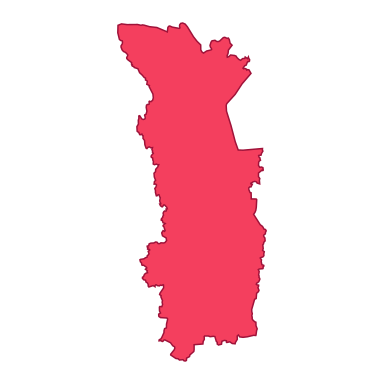 outline of Midongy-Atsimo, Atsimo-Atsinanana, Madagascar
{"feature_id": "10022922B72475763343132", "entity_name": "Midongy-Atsimo", "entity_type": "district", "adm_level": 2, "iso_a3": "MDG", "parent_name": "Madagascar", "parent_adm1": "Atsimo-Atsinanana", "projection": "mercator", "projection_center": [46.981, -23.354], "detail": "fine", "context": "isolated", "style": "filled", "palette": "rose", "viewbox_px": 384, "rotation_deg": 0, "n_neighbors": 0, "source": "geoboundaries", "source_scale": "gbopen_adm2", "svg_char_len": 6012}
<svg xmlns="http://www.w3.org/2000/svg" viewBox="0 0 384 384"><path d="M169.8,26.0L168.7,26.3L167.9,27.4L167.3,31.9L156.9,27.5L149.6,26.7L143.9,25.1L142.3,24.9L141.0,25.3L137.6,24.5L127.1,24.6L121.5,23.9L118.0,25.3L117.8,32.8L119.4,39.4L120.7,40.5L122.2,40.8L122.5,42.0L122.3,43.9L121.1,45.7L121.0,47.0L122.1,49.9L123.5,51.5L125.5,52.4L127.7,54.7L127.7,55.6L126.7,57.6L126.8,58.6L127.9,59.8L131.6,62.6L131.5,64.2L132.3,64.7L131.9,65.4L132.3,66.1L133.8,66.6L134.2,67.5L137.9,68.7L139.6,72.7L142.3,75.2L144.2,77.5L145.5,78.1L145.5,80.0L147.0,80.8L147.3,81.5L146.8,84.3L149.4,85.6L149.1,86.6L152.9,94.0L153.3,97.9L152.6,100.3L150.9,101.7L149.4,101.2L149.1,101.5L149.2,104.0L148.6,104.4L147.3,104.5L146.5,105.2L146.2,107.3L146.9,111.3L146.0,114.3L144.9,114.7L144.6,115.3L145.2,117.1L145.1,118.5L144.6,119.1L143.1,119.5L141.8,118.9L139.7,115.7L138.8,116.0L138.9,118.3L138.3,120.2L138.4,124.1L136.9,126.6L137.1,130.8L137.2,131.4L138.8,132.5L139.7,134.6L140.1,134.8L141.9,134.1L142.5,135.6L143.1,135.8L143.0,138.4L144.5,140.4L144.9,144.8L146.1,148.2L146.9,148.6L148.0,147.3L149.4,146.9L150.8,147.8L152.5,147.6L151.9,149.7L152.6,150.9L152.4,152.2L153.3,153.3L151.4,155.5L151.1,156.5L151.4,157.4L152.6,157.9L152.9,160.3L153.4,161.3L153.2,164.0L154.4,164.7L156.6,164.1L157.6,164.8L158.7,164.7L157.8,166.9L155.7,169.3L155.5,171.7L154.0,173.2L154.3,177.0L155.6,180.3L154.4,181.6L154.1,184.1L155.7,184.1L156.5,184.9L156.0,186.9L154.8,188.5L155.5,190.8L155.4,192.2L156.3,195.8L156.9,195.9L158.2,194.7L159.0,194.7L159.8,197.1L160.3,197.7L159.7,200.7L160.0,202.1L160.8,203.4L160.7,203.9L159.7,204.0L160.5,205.8L162.1,206.9L162.6,206.7L163.6,205.0L164.6,205.0L166.8,207.3L167.3,208.8L166.0,209.1L166.4,210.3L166.0,211.1L164.5,211.0L163.8,211.7L163.1,213.1L163.5,215.3L162.8,216.2L162.7,217.4L161.5,218.6L161.2,219.7L161.3,220.3L162.3,220.3L163.0,222.7L165.2,223.5L163.2,225.3L163.0,225.9L163.9,226.8L165.1,230.6L164.5,231.4L163.1,230.6L161.8,232.6L161.8,233.3L162.5,235.8L166.1,237.9L166.6,240.5L165.0,242.5L163.6,243.0L160.9,242.8L159.7,243.6L158.2,243.6L157.0,242.2L155.6,242.0L153.7,243.0L150.9,243.1L149.2,243.8L148.6,245.8L147.2,246.1L147.2,247.0L148.0,247.7L147.5,249.0L148.0,249.4L149.4,249.4L149.7,249.8L149.6,250.3L148.2,251.4L149.0,253.8L148.1,255.1L147.3,255.6L147.1,257.1L145.3,257.8L144.0,258.8L140.4,259.4L139.9,259.8L140.4,261.8L141.4,262.7L141.9,265.0L142.2,265.3L143.6,265.2L146.6,267.4L146.7,268.1L145.4,269.2L147.3,270.7L147.0,271.6L147.5,272.7L145.9,273.2L144.5,274.3L143.5,276.7L142.5,277.2L142.4,278.2L143.7,279.8L145.5,280.2L146.1,282.2L147.4,282.9L148.2,284.6L148.2,286.1L148.9,287.0L153.1,285.6L155.0,286.7L155.0,285.6L155.8,284.8L156.4,284.8L157.3,285.6L159.4,285.9L160.4,285.1L161.8,285.4L163.1,284.7L163.5,285.0L163.6,287.9L160.0,293.2L159.6,294.6L161.1,295.6L160.9,296.9L162.5,300.6L162.1,302.2L162.6,304.4L161.8,306.7L159.9,306.5L159.4,307.1L159.5,311.0L160.5,313.0L158.7,314.1L158.7,315.4L158.9,316.5L160.5,317.6L166.8,318.0L167.5,318.6L167.6,319.5L166.5,324.1L166.4,327.9L164.6,328.6L164.0,330.8L164.0,332.5L162.0,337.0L161.0,338.8L159.2,339.8L159.0,340.8L161.1,340.7L162.2,341.5L162.8,341.4L164.1,340.0L164.8,339.9L170.5,342.7L172.8,345.8L174.6,346.8L174.8,348.2L174.2,349.8L170.7,354.2L170.7,355.0L175.9,358.5L178.2,358.8L179.4,360.0L183.0,359.7L184.0,360.8L185.3,361.0L186.4,360.5L186.6,358.1L189.5,356.6L189.9,354.9L193.8,351.5L194.1,349.8L194.1,344.7L202.9,344.0L203.2,341.4L204.3,339.4L204.2,336.5L204.6,336.0L208.4,336.0L210.1,336.7L213.4,336.3L214.9,336.6L216.3,341.4L217.3,342.4L217.2,344.0L218.5,345.0L221.5,344.2L221.9,341.3L224.3,340.4L226.4,340.7L226.4,342.1L226.8,342.5L229.8,341.8L232.2,343.5L235.1,343.8L235.4,342.5L237.3,339.3L237.2,336.0L238.4,335.0L239.7,336.9L243.0,337.3L247.3,336.8L253.7,335.3L255.8,335.5L256.0,335.0L256.6,330.6L257.2,328.9L256.0,325.7L255.9,322.2L254.8,321.8L253.0,320.2L252.2,318.9L252.2,317.1L251.8,315.7L252.3,313.7L251.8,311.7L251.7,309.5L254.6,299.3L256.2,298.5L256.6,293.3L258.4,291.7L259.0,290.3L257.9,287.5L258.6,286.2L258.6,285.1L257.1,284.9L256.3,284.3L256.6,283.3L258.7,281.8L259.8,279.4L259.7,278.3L259.0,277.5L259.1,275.9L258.6,275.1L259.2,271.5L258.3,269.6L259.3,269.0L262.8,268.7L263.2,268.0L263.0,266.9L263.9,266.0L263.7,265.3L261.9,264.7L261.2,261.6L261.5,259.9L260.3,258.3L260.3,257.8L262.9,256.9L263.9,255.7L263.8,253.6L264.3,251.7L262.6,250.4L263.2,248.7L262.8,244.8L263.5,244.0L263.8,242.3L265.1,240.9L264.9,238.0L263.9,236.7L263.6,235.8L263.9,234.9L265.3,233.9L265.6,231.9L266.2,230.9L265.5,229.5L264.1,229.2L262.5,226.4L260.2,224.7L253.6,214.3L255.0,212.3L255.8,210.3L256.3,207.3L256.7,199.6L256.2,199.0L251.3,198.9L251.1,192.8L250.1,192.6L249.9,192.2L248.8,189.5L248.8,187.9L249.7,186.9L251.0,186.9L252.3,184.3L251.2,184.2L250.8,183.3L253.0,181.9L254.7,181.4L256.0,181.7L256.6,182.0L257.0,183.0L259.7,183.9L259.4,180.3L259.8,178.5L258.5,176.7L258.5,173.0L262.0,170.2L262.7,170.6L263.1,170.4L263.2,169.7L262.9,167.6L261.3,167.0L259.7,167.3L258.5,165.4L258.7,162.1L259.2,161.2L260.5,160.2L259.9,158.9L260.1,158.1L259.2,157.4L258.6,155.7L259.0,155.3L261.0,155.2L261.5,153.4L262.9,151.1L262.4,150.0L262.5,148.5L243.0,150.2L238.2,150.0L235.2,141.6L231.0,125.6L226.5,111.2L226.2,105.4L226.7,103.7L235.2,94.3L242.1,83.8L251.0,73.4L249.0,69.9L247.5,69.6L246.8,70.1L245.9,68.7L244.3,68.5L243.6,68.8L243.0,68.2L244.6,65.8L246.2,65.1L247.4,62.0L248.0,61.5L248.8,61.7L249.5,61.0L249.6,59.6L248.6,58.1L248.4,57.0L247.5,58.6L245.2,57.0L244.8,58.4L242.6,58.6L240.6,60.3L238.8,59.4L236.8,57.4L236.2,56.2L234.7,55.5L230.6,55.0L228.9,56.6L227.3,57.2L227.1,55.8L228.1,53.2L228.4,50.1L232.1,45.2L230.1,43.2L229.3,39.6L228.5,38.3L228.2,38.0L227.2,38.4L224.8,37.3L223.3,37.6L219.6,41.1L218.0,41.6L216.6,41.4L215.0,40.3L212.0,40.8L211.0,42.2L210.0,45.4L210.4,47.1L211.5,48.7L211.6,49.5L210.8,50.0L206.6,51.0L203.5,53.1L201.9,51.9L200.8,49.9L200.7,44.9L197.1,41.4L193.5,36.8L187.4,26.8L185.2,24.1L182.7,23.0L180.7,23.4L179.7,24.8L179.5,26.0L179.9,27.6L179.7,28.2L179.2,28.4L172.3,27.1L169.8,26.0Z" fill="#f43f5e" stroke="#9f1239" stroke-width="1.5"/></svg>